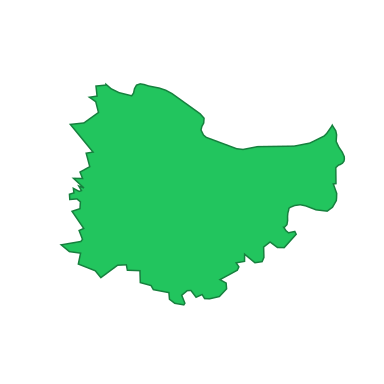 SVG path tracing the border of East Flanders, rotated 21°
{"feature_id": "BEL-3478", "entity_name": "East Flanders", "entity_type": "Province", "adm_level": 1, "iso_a3": "BEL", "parent_name": "Belgium", "parent_adm1": "", "projection": "equal_earth", "projection_center": [3.869, 51.045], "detail": "fine", "context": "isolated", "style": "filled", "palette": "green", "viewbox_px": 384, "rotation_deg": 21, "n_neighbors": 0, "source": "natural_earth", "source_scale": "10m", "svg_char_len": 1785}
<svg xmlns="http://www.w3.org/2000/svg" viewBox="0 0 384 384"><g transform="rotate(21 192 192)"><path d="M73.1,122.3L79.5,124.6L88.2,125.4L101.2,123.8L102.0,120.5L101.3,116.1L101.9,112.1L104.9,109.6L108.9,108.8L113.3,108.6L124.2,106.7L131.0,106.4L138.0,107.3L171.6,116.1L176.8,118.8L178.2,123.4L177.7,127.3L178.2,130.9L182.3,134.7L185.7,135.9L218.2,135.6L224.4,134.0L236.9,126.2L270.9,112.6L284.5,104.1L295.3,92.4L296.8,89.0L298.8,80.9L299.0,79.4L299.1,79.5L304.3,83.4L306.5,86.8L308.5,93.2L313.0,97.5L318.0,101.0L321.4,104.4L322.4,106.6L322.8,108.7L322.1,111.2L320.2,113.6L319.2,114.2L317.5,117.7L323.4,132.6L321.0,133.8L327.6,141.5L329.1,145.8L329.8,148.3L328.6,155.9L325.1,161.4L314.2,164.2L303.1,164.2L297.6,165.1L292.7,167.8L289.2,171.1L288.3,172.6L288.7,174.1L289.0,177.2L289.9,180.4L291.5,184.4L292.3,188.4L290.9,191.9L290.3,192.1L293.7,194.5L296.7,195.5L302.1,192.0L304.4,194.1L298.0,210.9L291.7,213.2L282.8,210.7L278.6,217.7L282.6,227.4L282.4,231.9L276.1,235.5L263.4,231.2L265.9,237.9L258.6,242.3L262.6,245.1L262.3,248.8L249.5,263.8L256.5,264.8L259.0,270.0L255.0,279.8L246.7,285.4L242.0,287.0L238.2,284.1L233.5,288.8L226.3,284.3L222.9,285.8L219.4,292.1L225.2,298.4L224.8,300.3L215.8,302.1L209.4,300.2L206.5,294.2L190.9,297.0L187.3,294.0L176.2,295.1L171.6,284.1L159.7,288.2L156.8,283.5L148.8,287.0L137.6,304.6L129.9,300.2L111.7,300.0L109.9,289.0L98.9,291.6L88.8,288.2L106.0,278.0L106.7,275.4L100.4,268.4L104.0,264.8L86.9,253.0L93.4,247.7L91.3,241.1L87.0,239.7L80.6,242.8L78.4,238.0L82.1,235.1L79.9,231.1L86.4,231.9L88.3,230.3L84.2,227.0L89.7,227.0L76.5,221.7L85.0,218.6L80.3,213.5L87.5,205.0L79.3,193.7L85.3,190.2L54.2,172.5L66.3,166.3L76.2,151.3L69.8,142.2L62.3,140.3L69.0,136.5L64.4,127.5L73.4,123.0L73.1,122.3Z" fill="#22c55e" stroke="#15803d" stroke-width="1.5"/></g></svg>